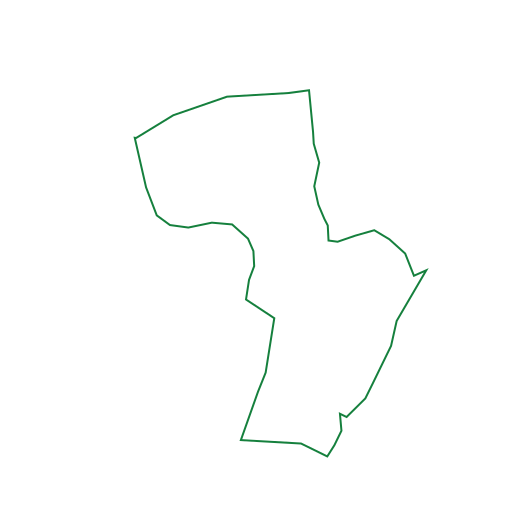 Seocho-gu, Seoul, South Korea, rotated 206°
{"feature_id": "91817680B5725333816693", "entity_name": "Seocho-gu", "entity_type": "district", "adm_level": 2, "iso_a3": "KOR", "parent_name": "South Korea", "parent_adm1": "Seoul", "projection": "albers", "projection_center": [127.03, 37.463], "detail": "fine", "context": "isolated", "style": "outline", "palette": "green", "viewbox_px": 512, "rotation_deg": 206, "n_neighbors": 0, "source": "geoboundaries", "source_scale": "gbopen_adm2", "svg_char_len": 771}
<svg xmlns="http://www.w3.org/2000/svg" viewBox="0 0 512 512"><g transform="rotate(206 256 256)"><path d="M416.8,309.1L384.9,269.5L363.0,249.0L346.9,246.1L329.3,251.9L310.3,266.6L291.3,273.9L270.8,268.1L260.5,259.3L253.2,246.1L251.8,231.5L245.9,212.5L212.3,208.1L196.2,155.4L194.7,134.9L188.9,83.9L133.3,107.2L104.1,107.1L103.9,108.6L102.6,120.3L102.6,136.4L111.4,151.0L104.0,151.0L95.3,175.9L95.2,192.0L95.2,215.4L95.2,234.4L101.1,259.3L100.8,263.4L96.7,317.8L98.3,315.9L105.4,307.5L123.0,323.6L143.5,329.5L161.0,331.0L175.7,317.8L188.9,304.6L197.6,301.7L204.9,314.9L210.8,319.3L222.5,329.5L234.2,344.2L240.1,367.6L253.3,382.2L259.1,392.5L281.0,428.2L298.3,416.7L351.9,386.5L392.0,346.3L415.5,309.5L416.8,309.1Z" fill="none" stroke="#15803d" stroke-width="2"/></g></svg>